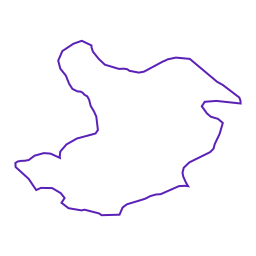 Qazvin, Natural Earth projection
{"feature_id": "IRN-3235", "entity_name": "Qazvin", "entity_type": "Province", "adm_level": 1, "iso_a3": "IRN", "parent_name": "Iran", "parent_adm1": "", "projection": "natural_earth1", "projection_center": [49.608, 36.125], "detail": "fine", "context": "isolated", "style": "outline", "palette": "violet", "viewbox_px": 256, "rotation_deg": 0, "n_neighbors": 0, "source": "natural_earth", "source_scale": "10m", "svg_char_len": 1160}
<svg xmlns="http://www.w3.org/2000/svg" viewBox="0 0 256 256"><path d="M81.8,40.8L91.4,45.4L91.6,47.6L92.9,51.6L98.7,58.9L104.9,64.7L118.9,68.9L124.1,68.7L127.2,69.2L129.4,70.8L138.9,72.6L143.9,71.7L163.1,61.4L165.2,60.6L167.5,59.4L175.9,57.6L189.8,58.9L217.1,81.8L222.7,84.9L239.3,97.5L240.5,100.9L240.6,103.5L216.3,100.9L204.7,101.8L201.8,106.3L207.0,113.5L210.8,116.7L218.1,118.9L222.8,123.0L219.6,133.9L214.7,144.2L213.5,148.8L210.0,152.2L189.3,162.4L183.7,167.8L182.5,172.8L183.3,176.7L185.9,182.5L188.1,186.2L185.1,185.8L179.0,186.1L160.6,194.2L155.9,194.5L150.3,196.1L145.0,198.8L126.9,204.3L122.6,207.5L119.5,214.7L101.6,215.2L99.0,213.4L84.5,209.7L81.6,210.4L68.5,208.2L61.5,202.8L64.6,198.0L60.7,193.1L52.2,188.1L41.0,187.9L36.2,190.0L28.6,178.8L15.6,167.0L15.4,163.0L17.5,161.6L20.7,160.9L25.1,160.7L28.8,160.0L34.5,155.7L43.8,153.1L50.5,153.6L59.9,157.9L59.7,156.5L60.3,151.5L66.5,144.4L76.9,138.5L95.5,133.5L97.9,130.0L96.3,116.6L93.9,111.3L90.7,106.0L89.1,99.7L87.2,96.3L84.5,94.8L82.6,92.7L80.6,91.6L77.5,91.4L72.4,88.9L69.1,83.7L65.8,75.5L60.3,68.7L58.2,60.6L62.4,51.0L73.5,43.7L81.8,40.8Z" fill="none" stroke="#5b21b6" stroke-width="2"/></svg>